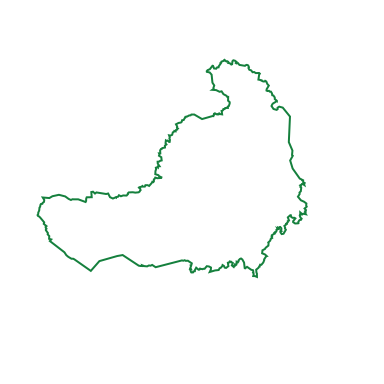 Castlebar Lea-7, Mayo, Ireland (Robinson projection), rotated 43°
{"feature_id": "5873133B79217415432935", "entity_name": "Castlebar Lea-7", "entity_type": "district", "adm_level": 2, "iso_a3": "IRL", "parent_name": "Ireland", "parent_adm1": "Mayo", "projection": "robinson", "projection_center": [-9.299, 53.81], "detail": "fine", "context": "isolated", "style": "outline", "palette": "green", "viewbox_px": 384, "rotation_deg": 43, "n_neighbors": 0, "source": "geoboundaries", "source_scale": "gbopen_adm2", "svg_char_len": 6047}
<svg xmlns="http://www.w3.org/2000/svg" viewBox="0 0 384 384"><g transform="rotate(43 192 192)"><path d="M120.9,94.0L123.4,92.5L126.3,92.8L132.4,98.1L135.6,98.9L136.7,101.3L137.6,101.8L137.2,103.4L140.2,101.0L143.8,99.9L145.0,98.2L148.3,99.0L151.6,98.1L153.0,98.4L153.6,97.8L156.1,100.6L158.3,100.6L159.2,101.6L160.3,104.0L159.9,105.2L160.9,106.0L159.1,107.8L159.4,108.1L159.1,109.4L158.4,109.9L158.8,110.8L158.8,112.1L158.4,112.5L161.1,114.7L159.2,116.0L158.3,116.0L158.5,117.1L157.6,117.5L157.5,118.2L155.2,118.8L155.5,119.9L154.9,120.1L155.9,121.9L155.2,122.5L149.6,131.8L140.8,133.8L138.7,135.8L138.7,136.9L137.7,137.9L137.0,140.1L136.3,140.8L136.4,141.8L136.0,141.9L136.8,145.0L135.8,146.3L136.6,147.6L136.5,148.8L135.1,150.6L134.1,153.4L136.5,154.2L137.1,155.2L138.3,155.2L138.1,155.9L138.6,156.4L138.0,157.7L138.7,158.8L137.4,159.4L137.7,160.3L137.3,161.5L138.5,163.7L137.7,165.5L136.6,166.2L138.5,167.2L138.9,168.2L140.3,168.9L141.5,170.6L141.1,171.0L139.1,171.0L138.6,171.9L137.7,172.1L139.4,174.4L140.9,174.7L140.5,176.5L141.9,177.9L140.3,180.2L140.5,181.1L140.0,181.7L140.3,183.3L142.4,185.3L141.5,186.2L142.5,186.6L143.1,188.0L145.8,187.5L148.3,189.6L147.4,191.0L147.2,192.2L146.2,193.3L147.6,194.6L150.7,195.3L149.6,196.5L150.4,197.4L149.7,197.5L149.0,198.9L150.2,199.8L151.0,201.6L153.0,204.0L156.0,202.6L157.1,202.9L159.6,202.1L159.9,202.7L157.2,205.6L155.3,206.5L155.7,207.7L155.5,208.8L156.8,210.1L157.0,211.1L156.0,211.5L156.4,212.8L156.5,216.8L155.0,217.2L153.3,218.8L153.8,220.2L152.4,221.6L151.6,221.5L151.5,222.5L150.2,224.5L150.2,225.0L151.8,224.9L153.1,225.7L153.0,226.3L153.4,227.2L153.2,228.6L151.0,231.1L148.8,232.6L146.0,235.5L146.0,236.8L146.6,237.2L146.6,239.2L144.0,241.5L142.9,243.6L140.8,244.2L141.1,246.0L140.0,247.4L140.3,247.9L139.8,248.0L138.6,250.7L135.6,251.7L131.7,250.3L130.6,252.0L122.4,257.5L122.1,259.3L119.4,259.3L118.4,260.7L122.2,264.2L118.6,267.7L119.2,269.1L120.7,270.8L121.0,271.9L113.9,274.9L109.5,278.9L108.9,280.4L106.5,281.2L102.3,281.7L96.6,284.8L92.8,290.3L91.8,293.7L86.6,297.8L89.4,298.6L90.5,300.2L90.2,301.8L90.6,302.7L89.7,303.9L89.9,304.7L91.0,306.4L91.1,307.4L92.9,309.8L93.6,311.9L94.5,312.9L94.8,314.2L95.5,314.6L95.2,314.8L96.6,314.2L98.2,314.2L104.6,315.0L105.3,316.4L108.7,316.2L108.5,316.9L108.9,317.6L110.6,318.1L110.5,318.9L111.2,319.6L114.6,320.3L115.3,321.4L117.7,321.6L119.4,323.7L121.4,322.7L121.5,324.8L139.8,323.1L143.1,323.9L145.7,323.8L149.4,323.0L150.5,321.9L151.8,321.5L171.8,318.7L171.4,305.7L181.0,289.8L184.3,285.4L203.3,282.2L204.7,281.3L206.2,280.0L205.5,279.6L207.7,278.7L209.9,277.0L210.6,275.1L212.0,274.1L212.6,272.5L216.7,271.8L231.3,248.9L232.5,248.2L233.2,246.9L234.4,246.6L235.8,245.1L240.5,244.3L241.3,245.8L241.0,246.5L241.8,246.8L242.9,249.4L243.4,248.9L244.2,249.2L244.0,250.2L246.2,251.3L246.8,251.0L247.6,250.0L247.1,249.3L248.1,248.0L247.4,247.2L246.7,244.5L249.7,244.4L250.1,244.1L250.1,242.8L250.5,242.9L250.6,242.4L252.4,241.2L252.6,240.5L253.6,239.6L253.4,236.2L255.2,234.9L257.4,234.3L258.7,235.9L259.5,238.4L262.3,233.7L264.7,230.9L264.2,228.9L264.7,227.9L264.7,225.6L264.2,224.6L265.8,224.3L267.5,225.0L268.7,224.3L269.2,221.4L266.5,219.3L267.2,218.3L266.9,217.1L268.2,216.3L268.6,216.7L270.1,216.0L270.6,216.5L271.2,218.5L273.2,218.4L272.9,218.0L273.7,218.0L273.8,217.3L272.9,215.7L273.9,215.5L274.0,214.8L272.2,212.6L273.5,212.3L273.4,211.1L272.7,210.4L272.7,208.3L273.2,207.2L274.8,207.0L278.2,208.1L282.4,211.7L282.9,211.6L283.3,209.2L288.2,208.5L290.1,207.6L291.7,208.9L291.6,209.3L293.1,209.9L294.1,211.7L295.3,210.6L297.4,209.8L295.0,207.3L294.1,207.0L291.9,205.0L292.3,202.2L291.9,200.3L292.2,200.2L291.4,198.7L292.4,197.9L292.2,194.9L291.2,192.4L290.7,192.1L290.1,188.4L290.4,187.9L288.0,187.9L285.1,189.0L283.3,186.6L284.2,183.9L283.9,182.5L284.4,179.1L282.8,177.1L282.2,176.9L282.4,174.3L281.6,172.7L282.0,171.0L280.9,170.7L280.4,170.0L280.7,169.7L279.9,169.1L280.6,166.6L280.0,165.9L280.1,165.2L280.5,165.3L280.3,164.8L280.7,164.7L280.4,162.9L279.6,162.2L279.9,161.4L279.6,161.1L280.3,160.3L279.8,160.2L280.1,160.1L280.3,159.4L279.9,159.2L280.3,159.1L280.0,157.9L280.4,157.4L282.1,157.6L283.1,158.7L282.9,159.4L283.6,160.6L283.9,160.4L283.8,160.8L284.6,161.3L286.3,161.6L287.4,160.1L286.4,155.6L284.9,155.3L284.5,154.6L282.7,153.8L283.0,151.9L282.5,151.2L283.1,150.5L282.6,150.1L282.6,148.6L281.9,148.0L282.4,146.7L279.4,145.2L279.7,142.0L280.1,141.6L281.6,142.6L283.1,142.3L284.5,141.0L285.6,140.8L285.9,144.4L286.6,145.1L288.9,144.7L291.0,142.5L291.1,142.2L290.1,141.3L289.8,139.2L290.7,137.9L290.3,136.7L288.9,136.8L286.8,135.7L286.4,134.8L286.9,134.3L286.3,134.3L285.1,133.1L287.9,133.0L288.2,132.0L290.5,130.6L288.8,130.1L288.8,129.2L287.8,129.0L288.0,128.1L287.7,127.5L285.6,127.3L285.9,124.5L284.6,123.9L283.5,122.4L280.5,122.7L277.3,123.8L272.7,123.2L272.1,120.0L271.0,119.1L271.1,117.3L269.0,114.4L267.8,114.4L267.6,113.5L266.6,113.4L267.1,111.9L266.9,111.3L267.6,110.6L269.4,110.3L268.7,109.9L268.3,108.6L266.6,109.0L265.3,107.6L264.4,107.9L265.1,108.5L263.5,108.1L261.7,108.7L249.6,106.2L242.3,102.0L241.0,96.8L240.0,96.8L237.2,93.2L228.8,89.5L212.2,70.0L200.8,68.4L197.6,70.1L197.1,72.0L198.1,73.0L197.9,74.2L195.0,75.7L191.5,74.9L190.9,73.1L190.9,71.8L191.7,69.2L191.7,67.8L192.1,67.7L191.8,67.4L189.2,67.6L188.0,66.4L185.7,65.9L184.7,66.5L183.2,65.3L181.2,64.8L180.4,65.6L179.3,65.5L178.3,66.7L177.3,67.0L176.5,65.9L175.6,61.8L173.3,61.6L171.0,60.5L169.7,60.8L169.8,61.5L168.7,62.6L166.8,63.2L166.6,62.9L163.9,64.5L161.1,60.4L160.9,59.2L159.9,59.2L157.6,61.5L155.6,61.9L154.6,63.1L152.4,62.7L150.5,63.5L148.7,62.8L148.6,61.9L146.8,61.1L145.4,61.6L144.7,62.9L144.7,63.6L140.0,66.7L137.7,66.4L136.8,67.7L136.0,67.8L135.8,66.5L133.8,66.7L132.4,67.5L132.4,68.8L134.2,71.2L133.8,72.0L132.1,72.0L130.5,72.9L130.3,72.3L129.6,72.1L128.5,72.4L128.2,73.1L126.0,73.2L126.2,73.7L125.5,74.0L125.6,74.7L124.6,76.6L125.2,77.6L124.9,78.4L125.4,78.6L125.8,81.7L126.4,82.7L125.4,83.7L125.6,85.3L123.9,86.6L121.4,85.4L120.9,85.7L121.3,90.0L120.3,92.3L120.4,93.6L120.9,94.0Z" fill="none" stroke="#15803d" stroke-width="2"/></g></svg>